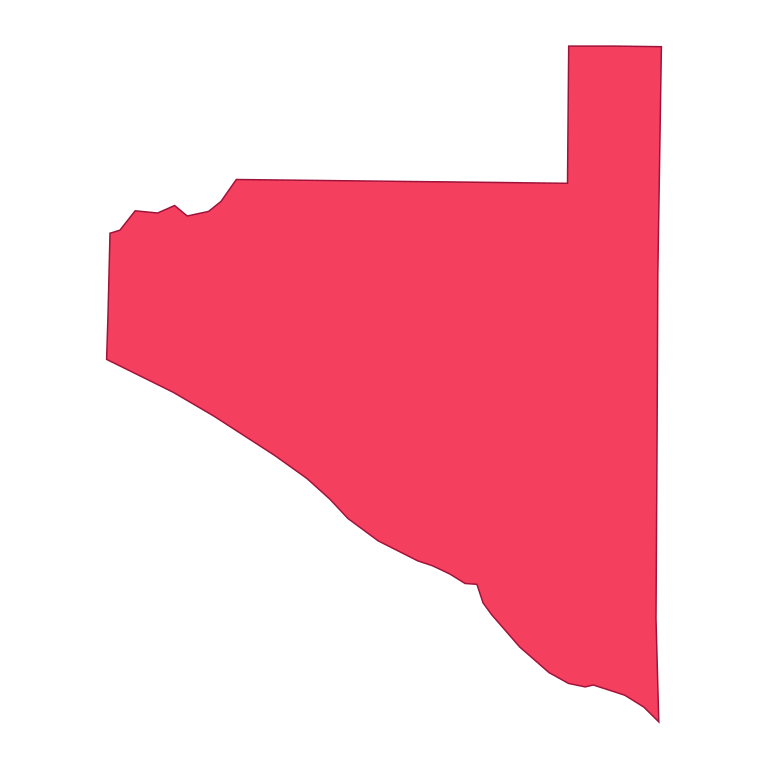 the district of Bay, United States of America
{"feature_id": "52423323B92612294973993", "entity_name": "Bay", "entity_type": "district", "adm_level": 2, "iso_a3": "USA", "parent_name": "United States of America", "parent_adm1": "", "projection": "albers", "projection_center": [-85.662, 30.246], "detail": "fine", "context": "isolated", "style": "filled", "palette": "rose", "viewbox_px": 768, "rotation_deg": 0, "n_neighbors": 0, "source": "geoboundaries", "source_scale": "gbopen_adm2", "svg_char_len": 620}
<svg xmlns="http://www.w3.org/2000/svg" viewBox="0 0 768 768"><path d="M661.4,46.7L615.4,46.1L568.7,46.1L567.5,183.3L236.3,179.5L221.0,201.4L208.6,211.4L187.2,216.0L174.6,205.5L157.6,213.0L135.2,210.8L119.9,230.2L110.0,233.2L108.0,314.7L106.6,359.4L173.2,392.3L213.5,415.9L274.3,455.2L306.8,478.4L329.9,499.2L347.9,518.5L378.2,540.9L417.8,560.9L432.3,565.7L449.6,573.9L465.1,583.5L476.9,584.3L483.1,603.0L491.8,614.9L519.8,647.1L549.0,672.6L568.4,683.4L585.1,686.9L593.3,685.0L624.7,695.2L643.8,707.1L658.8,721.9L656.0,618.6L657.1,431.2L657.8,276.1L661.4,46.7Z" fill="#f43f5e" stroke="#9f1239" stroke-width="1.5"/></svg>